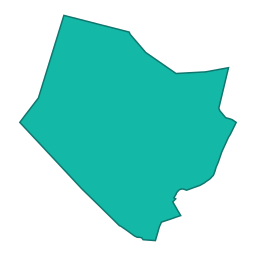 outline of Santa María Mixtequilla, Oaxaca, Mexico
{"feature_id": "50627088B35955945188177", "entity_name": "Santa María Mixtequilla", "entity_type": "district", "adm_level": 2, "iso_a3": "MEX", "parent_name": "Mexico", "parent_adm1": "Oaxaca", "projection": "albers", "projection_center": [-95.246, 16.422], "detail": "fine", "context": "isolated", "style": "filled", "palette": "teal", "viewbox_px": 256, "rotation_deg": 0, "n_neighbors": 0, "source": "geoboundaries", "source_scale": "gbopen_adm2", "svg_char_len": 1099}
<svg xmlns="http://www.w3.org/2000/svg" viewBox="0 0 256 256"><path d="M228.5,67.7L205.3,71.9L176.0,73.5L145.7,52.5L130.2,34.4L129.2,32.1L97.9,24.1L63.9,15.4L38.4,98.0L24.6,116.0L19.8,122.4L82.2,189.2L97.2,203.8L114.3,220.6L119.4,225.7L120.6,226.1L126.3,230.0L134.4,235.9L137.1,237.2L138.2,237.3L139.1,237.3L141.6,237.7L143.1,239.7L155.4,240.6L157.5,233.4L158.9,228.4L159.5,226.4L160.8,223.6L161.4,222.2L162.4,221.8L166.9,220.3L167.8,220.0L168.8,219.7L170.3,219.2L172.2,218.5L172.8,218.3L174.3,217.8L175.8,217.2L177.4,216.7L180.3,215.7L180.7,215.6L180.0,214.4L179.1,212.8L178.0,211.0L172.9,202.1L172.8,201.8L175.7,198.9L173.9,197.8L176.2,194.0L176.3,193.4L176.7,192.7L177.4,191.8L177.7,191.4L179.3,189.8L180.8,189.2L182.1,189.0L183.4,189.1L185.5,189.8L186.6,190.2L200.3,185.2L204.7,182.7L205.2,182.2L209.0,179.6L210.5,178.4L213.5,175.1L215.0,171.1L216.2,166.9L217.4,164.3L218.4,161.8L221.6,152.5L221.7,152.1L224.0,147.1L228.5,137.2L230.3,134.4L236.2,122.4L232.1,119.6L229.1,118.6L226.2,117.9L225.6,117.6L219.9,110.8L218.8,108.2L228.5,67.7Z" fill="#14b8a6" stroke="#0f766e" stroke-width="1.5"/></svg>